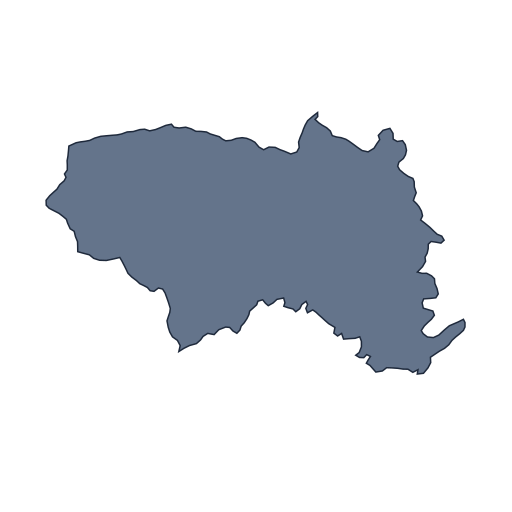 outline of Francisco Badaró, Minas Gerais, Brazil, rotated 72°
{"feature_id": "56859067B77036534058100", "entity_name": "Francisco Badaró", "entity_type": "district", "adm_level": 2, "iso_a3": "BRA", "parent_name": "Brazil", "parent_adm1": "Minas Gerais", "projection": "natural_earth1", "projection_center": [-42.293, -16.987], "detail": "fine", "context": "isolated", "style": "filled", "palette": "slate", "viewbox_px": 512, "rotation_deg": 72, "n_neighbors": 0, "source": "geoboundaries", "source_scale": "gbopen_adm2", "svg_char_len": 3600}
<svg xmlns="http://www.w3.org/2000/svg" viewBox="0 0 512 512"><g transform="rotate(72 256 256)"><path d="M381.2,84.1L381.7,89.6L382.1,93.7L384.5,99.6L387.7,106.6L388.4,112.5L386.0,118.0L381.6,121.0L378.0,121.9L374.5,117.5L372.2,112.9L370.4,108.8L367.5,104.7L363.0,104.8L360.5,108.4L357.3,113.0L351.9,112.5L348.6,109.8L350.2,103.3L351.3,97.9L348.4,94.4L343.0,93.9L337.4,94.4L332.8,93.3L329.1,95.2L325.2,99.0L323.8,103.5L321.1,107.5L317.6,100.9L313.5,96.4L309.3,95.6L306.3,92.4L302.3,90.0L298.0,88.5L296.3,85.0L298.4,80.7L300.9,76.1L299.1,72.2L294.5,73.2L291.3,77.0L287.4,79.2L282.6,81.7L277.1,85.2L272.6,88.3L269.3,85.2L264.4,84.8L259.6,85.7L256.1,87.0L251.9,89.2L248.5,86.7L245.4,84.1L239.4,84.1L234.2,82.6L230.7,82.8L227.4,86.6L223.1,89.9L218.3,92.8L214.4,93.5L210.9,91.1L208.8,85.7L206.0,82.6L202.0,80.2L196.2,79.6L191.6,81.0L190.7,86.3L187.3,89.4L181.7,87.8L176.0,89.2L175.7,96.3L179.1,102.4L183.6,102.4L186.4,106.2L190.0,110.5L191.6,117.2L188.5,122.5L184.2,125.8L179.7,129.0L175.5,132.1L172.7,134.5L169.7,138.6L167.7,142.6L165.1,146.3L160.1,146.7L155.8,149.2L152.1,152.6L148.7,155.2L144.3,157.6L142.5,154.2L138.6,153.1L140.8,159.2L143.3,165.1L146.6,168.7L149.9,171.6L153.1,174.0L156.8,177.3L160.8,180.3L166.2,181.4L169.7,185.1L169.7,191.4L165.1,196.7L162.3,200.3L158.6,204.2L156.4,210.0L157.3,215.9L153.4,219.5L147.5,221.9L144.1,225.0L141.2,228.5L139.2,232.6L138.1,238.5L138.3,243.8L137.1,249.2L134.5,251.8L131.2,254.0L128.5,257.9L125.7,261.9L122.8,264.7L120.5,269.8L118.8,274.7L115.1,278.3L111.8,283.0L110.5,289.6L108.2,294.2L104.5,295.7L103.9,301.4L104.4,307.4L104.7,312.5L104.1,318.5L101.0,322.7L99.9,327.3L99.7,334.3L98.2,340.2L98.4,346.2L97.9,350.7L96.9,354.8L95.6,360.4L94.2,366.7L94.0,373.1L94.7,378.4L94.1,383.0L93.2,387.9L92.7,392.1L93.6,400.0L98.1,401.9L102.9,404.0L107.0,406.2L111.0,407.3L115.9,408.9L118.8,412.8L122.5,412.4L125.2,415.2L127.5,420.6L130.9,424.6L132.7,428.7L134.9,433.5L138.1,438.4L142.9,439.8L146.8,437.9L150.9,433.8L154.4,430.3L158.6,427.4L162.5,425.0L166.5,425.0L172.7,424.3L176.3,421.3L181.8,421.7L187.2,421.3L191.7,422.6L196.8,424.2L199.6,420.0L203.4,414.1L208.1,411.1L211.7,406.1L214.0,399.7L214.8,392.1L215.3,386.0L219.2,385.1L224.6,384.2L228.8,383.6L232.9,383.1L237.7,380.6L242.4,377.3L246.4,375.1L249.3,372.0L252.4,369.0L256.3,367.4L258.1,363.9L256.3,358.7L258.6,355.0L263.0,353.9L268.2,353.7L273.3,353.6L279.4,353.7L283.0,355.4L285.9,357.6L290.2,360.7L296.7,361.5L301.7,361.5L307.1,360.4L312.0,356.8L317.8,355.8L323.0,358.9L321.5,353.0L320.6,346.9L320.9,339.7L318.7,334.7L316.1,331.2L314.7,325.8L317.8,320.1L314.6,314.2L314.2,306.8L315.8,303.1L320.2,301.1L323.6,298.1L321.5,294.2L318.1,291.8L315.9,287.9L312.8,284.0L309.6,280.9L306.5,279.1L304.6,274.8L302.6,270.4L299.6,268.2L299.7,263.2L303.9,261.6L307.0,259.7L305.9,254.2L303.7,249.5L304.5,242.7L309.3,242.9L312.4,245.1L315.0,241.6L317.8,237.2L321.3,235.4L319.7,230.7L316.3,227.4L314.6,222.4L318.1,221.9L321.2,224.8L325.9,224.6L324.8,218.7L328.0,216.3L331.5,214.4L335.0,212.3L338.4,210.4L342.8,207.8L348.3,203.0L353.4,205.8L357.3,203.1L356.1,198.5L362.1,198.4L363.4,192.9L364.9,187.2L364.9,182.3L369.7,182.1L375.0,183.8L379.7,187.7L381.2,191.8L384.5,188.9L386.0,184.9L384.0,181.2L386.9,178.2L389.5,181.4L392.1,184.2L395.3,181.4L398.8,179.9L403.4,177.9L404.4,171.4L402.6,166.3L404.3,161.6L406.6,155.9L409.0,151.1L410.6,146.5L415.1,142.8L414.2,137.1L418.1,139.1L419.3,133.0L415.6,127.1L411.4,122.8L406.2,121.4L404.3,114.8L403.2,110.9L402.1,105.3L400.0,100.1L396.8,95.7L394.7,91.1L392.9,86.3L390.8,81.7L388.1,79.2L383.9,77.8L380.3,78.3L381.2,84.1Z" fill="#64748b" stroke="#1e293b" stroke-width="1.5"/></g></svg>